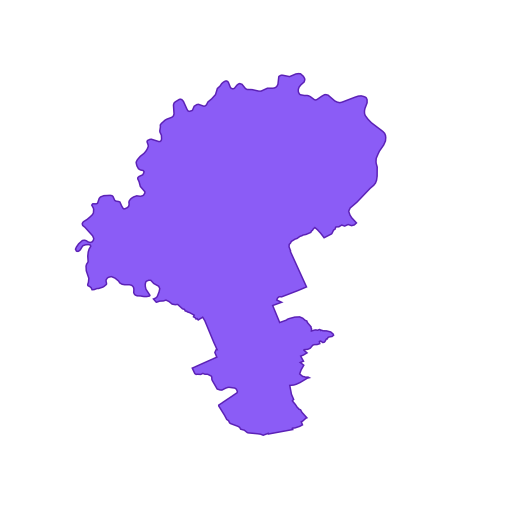 the district of Bac Tan Uyen, Bình Dương, Vietnam, rotated 247°
{"feature_id": "81297802B7309999559024", "entity_name": "Bac Tan Uyen", "entity_type": "district", "adm_level": 2, "iso_a3": "VNM", "parent_name": "Vietnam", "parent_adm1": "Bình Dương", "projection": "natural_earth1", "projection_center": [106.832, 11.138], "detail": "fine", "context": "isolated", "style": "filled", "palette": "violet", "viewbox_px": 512, "rotation_deg": 247, "n_neighbors": 0, "source": "geoboundaries", "source_scale": "gbopen_adm2", "svg_char_len": 6125}
<svg xmlns="http://www.w3.org/2000/svg" viewBox="0 0 512 512"><g transform="rotate(247 256 256)"><path d="M367.0,124.7L363.8,125.0L362.4,124.8L359.2,123.2L358.5,122.3L357.9,121.4L356.9,118.8L355.7,115.0L355.0,110.6L354.4,109.5L353.5,108.6L351.8,108.4L349.2,109.8L338.4,113.5L335.5,113.5L334.0,112.4L333.1,110.8L333.1,109.3L333.3,108.5L334.7,106.8L336.2,105.9L337.2,104.8L337.7,104.0L338.1,102.2L336.5,97.5L334.4,94.2L332.8,92.5L330.8,92.6L330.3,93.0L329.8,94.0L329.8,94.9L330.3,96.6L332.8,100.1L333.1,101.1L332.9,103.6L332.0,106.2L331.0,107.6L329.9,107.8L329.4,107.6L327.5,105.0L325.2,103.1L321.6,101.1L316.5,99.3L315.7,98.5L314.7,96.9L313.1,95.6L308.7,94.0L300.8,93.4L297.3,91.5L295.6,90.0L294.8,89.7L294.2,89.8L293.0,90.9L291.3,91.8L289.0,91.9L288.3,93.9L288.2,96.9L287.6,98.3L287.2,102.8L287.4,104.3L288.3,107.2L289.1,107.7L291.6,108.2L292.7,108.8L293.8,110.6L294.0,111.6L293.9,113.1L293.5,114.9L290.7,117.6L286.7,119.7L284.4,120.1L282.3,121.7L280.8,124.0L279.0,128.3L277.6,130.1L276.1,130.8L274.8,131.0L273.1,130.6L270.0,129.1L268.1,129.2L267.1,129.7L265.8,131.0L264.4,134.0L262.6,136.7L261.4,139.4L260.8,142.1L260.9,142.6L261.3,143.0L268.5,141.7L271.5,142.3L273.4,143.1L274.8,144.1L275.4,144.8L275.6,145.4L275.6,147.8L274.7,149.7L270.7,151.1L266.2,154.6L263.6,154.7L260.9,152.8L257.2,149.2L256.5,147.3L256.5,144.8L252.5,146.1L252.3,146.4L252.1,149.7L250.8,153.3L250.6,155.9L248.1,158.1L244.5,160.0L242.7,162.7L242.2,164.6L241.8,165.1L236.1,167.7L234.8,169.3L233.0,169.4L232.2,170.7L231.4,170.9L229.8,172.8L225.7,176.0L224.5,174.7L222.5,176.1L221.4,176.2L221.4,177.3L219.7,177.8L220.5,183.0L216.5,183.6L193.0,183.4L185.1,183.6L185.5,183.0L185.2,182.5L183.2,180.4L178.2,180.4L177.7,153.5L172.3,153.7L171.6,153.8L170.4,154.6L170.1,155.8L168.6,158.8L168.7,161.2L167.2,162.7L166.0,165.3L163.1,167.8L161.9,168.0L159.8,167.2L158.6,167.1L148.7,168.3L146.7,170.6L145.9,172.3L146.2,176.5L146.0,178.9L145.6,180.0L142.7,184.9L141.0,185.9L138.5,185.9L137.5,185.1L133.3,163.4L132.5,163.1L121.7,164.8L117.0,165.2L115.1,166.4L112.7,166.5L111.7,167.1L106.2,172.9L104.6,174.0L102.6,174.2L100.2,177.2L97.0,178.9L96.3,179.6L91.7,188.1L90.2,190.6L88.2,192.6L88.0,197.9L87.3,197.8L81.9,222.0L83.2,222.0L83.3,222.2L82.5,224.8L82.3,227.4L82.1,229.7L82.4,232.8L85.7,232.9L85.8,234.4L87.2,238.6L87.2,239.6L94.1,237.2L97.0,236.9L98.3,235.6L99.1,235.6L100.2,234.9L104.0,234.2L108.2,232.9L108.6,233.0L109.2,234.6L114.9,234.6L123.7,236.5L122.5,240.3L122.2,242.9L122.3,247.0L123.5,255.6L123.2,257.4L124.2,256.6L125.1,254.2L126.2,253.1L126.8,252.0L130.4,250.1L133.6,253.1L136.8,257.3L140.7,255.1L140.6,258.6L146.4,258.0L146.3,260.8L146.9,265.1L150.5,263.3L151.0,263.7L149.9,267.1L149.9,269.3L150.0,270.0L151.7,273.3L151.7,274.8L150.6,277.7L150.4,280.5L152.5,280.9L152.6,281.8L152.4,282.3L150.2,283.7L150.0,285.2L150.4,286.1L152.2,288.5L151.8,289.3L152.9,290.4L152.9,291.7L152.2,294.6L152.8,296.5L154.1,296.5L156.9,295.1L159.5,291.7L161.0,288.4L162.1,287.4L162.1,286.5L163.0,286.3L163.5,285.8L163.6,283.6L164.6,282.2L165.0,280.6L165.3,277.7L167.3,278.7L168.4,278.6L169.2,279.0L174.7,277.3L176.3,277.4L177.6,276.1L180.5,274.7L182.9,272.4L184.6,267.8L185.4,262.3L185.5,260.1L185.1,259.1L185.5,251.8L203.9,252.0L203.4,261.5L207.4,257.9L208.8,259.3L209.4,260.9L209.3,262.0L208.4,263.6L207.8,281.0L207.8,290.4L246.6,289.4L247.1,289.8L251.5,290.0L253.7,291.1L254.5,292.9L255.6,294.2L256.3,298.6L256.1,300.6L256.9,304.2L256.7,306.1L256.9,307.6L256.3,310.4L256.3,315.4L256.6,316.1L257.4,316.8L257.5,317.9L258.5,319.3L259.2,321.3L256.0,322.9L251.7,324.4L246.2,325.8L246.8,334.0L247.0,334.6L249.5,337.5L249.9,339.4L251.2,340.4L251.5,341.0L250.5,343.7L251.0,347.0L248.9,349.3L249.0,353.1L246.6,355.8L246.2,358.6L247.2,361.4L253.9,359.0L257.1,358.5L261.0,358.8L263.4,361.4L266.1,369.9L273.7,387.5L275.1,392.0L276.5,394.5L278.7,396.6L282.2,398.7L290.5,402.3L294.3,402.8L295.9,403.3L298.9,404.8L302.1,408.1L304.4,410.7L308.3,416.9L311.3,420.1L314.3,421.7L316.4,422.3L318.7,422.3L321.1,421.4L333.7,414.2L338.2,412.5L342.7,411.4L344.8,411.6L347.1,412.5L349.1,413.8L353.6,418.1L356.4,419.3L358.4,419.3L359.4,418.8L360.7,417.5L362.3,415.4L363.2,412.7L363.5,409.3L364.0,395.2L364.4,393.0L366.0,390.8L368.0,389.1L375.9,385.2L377.3,383.3L377.7,382.1L377.4,379.1L376.2,373.2L376.3,371.8L377.1,370.8L381.4,368.3L382.9,367.0L383.8,365.8L384.8,363.3L387.0,360.0L387.9,359.3L390.0,359.1L391.1,359.3L392.9,360.1L394.6,361.6L396.0,364.2L397.4,368.3L399.2,369.8L400.4,370.1L402.9,369.8L406.3,368.2L407.3,366.4L408.0,363.8L408.0,357.0L411.9,351.3L412.5,350.1L412.6,349.0L412.4,347.5L412.1,347.0L405.5,343.3L404.3,341.9L403.5,340.1L403.5,338.5L403.9,336.9L406.0,332.1L405.8,325.1L406.6,323.1L410.7,317.4L412.8,312.8L414.3,311.7L419.5,310.2L421.1,308.4L421.2,307.1L420.7,305.2L418.8,301.7L418.8,300.7L419.1,299.7L420.4,298.5L421.4,298.3L426.8,298.4L427.9,298.0L428.8,297.0L429.0,296.0L428.8,294.1L428.1,291.8L426.5,289.4L425.3,285.9L420.4,281.8L418.0,276.7L416.6,272.0L414.4,269.3L414.0,267.6L414.2,266.6L418.1,262.3L418.5,260.7L418.0,257.6L415.2,254.7L414.9,254.1L415.1,251.5L415.4,250.8L416.2,250.1L417.8,249.8L426.7,249.6L429.0,248.8L430.0,247.5L430.1,246.4L429.4,241.8L428.8,240.3L427.2,239.0L418.9,236.1L417.4,234.9L416.7,233.5L416.6,232.1L416.8,227.5L416.6,225.4L415.0,220.7L414.0,219.1L412.1,218.4L408.7,216.3L407.5,216.0L404.1,216.1L400.6,214.8L399.3,213.8L398.9,212.4L399.3,211.3L404.4,205.3L404.8,203.9L404.7,201.2L403.7,200.3L400.3,200.1L399.0,199.7L396.9,197.6L395.4,195.4L394.2,193.0L393.0,188.5L391.7,185.8L390.8,184.2L389.7,182.9L389.1,182.3L387.6,181.9L385.3,181.6L382.2,181.9L380.4,183.2L378.7,185.6L377.5,185.9L376.3,185.1L375.0,183.4L374.9,179.5L374.4,178.0L373.9,177.6L373.2,177.3L370.1,177.4L365.2,176.7L358.6,178.8L357.4,178.3L355.9,176.2L355.8,175.3L356.0,173.1L358.0,169.7L358.2,166.4L357.9,164.5L357.4,162.7L356.1,160.7L355.1,160.0L353.1,159.4L351.5,158.2L350.8,156.5L350.7,153.7L351.0,152.8L351.7,152.3L354.3,151.9L358.9,151.8L359.9,150.7L361.2,148.6L362.4,147.7L366.7,147.6L367.8,147.0L368.8,145.5L371.0,139.5L371.1,135.9L370.3,134.2L366.4,130.7L366.5,129.1L367.7,126.5L367.8,125.9L367.0,124.7Z" fill="#8b5cf6" stroke="#5b21b6" stroke-width="1.5"/></g></svg>